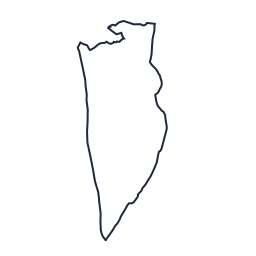 outline of Sikhottabong, Vientiane [prefecture], Laos, rotated 259°
{"feature_id": "54806243B78936618260326", "entity_name": "Sikhottabong", "entity_type": "district", "adm_level": 2, "iso_a3": "LAO", "parent_name": "Laos", "parent_adm1": "Vientiane [prefecture]", "projection": "equal_earth", "projection_center": [102.525, 18.0], "detail": "fine", "context": "isolated", "style": "outline", "palette": "slate", "viewbox_px": 256, "rotation_deg": 259, "n_neighbors": 0, "source": "geoboundaries", "source_scale": "gbopen_adm2", "svg_char_len": 2356}
<svg xmlns="http://www.w3.org/2000/svg" viewBox="0 0 256 256"><g transform="rotate(259 128 128)"><path d="M221.0,97.6L216.7,94.1L215.3,94.1L213.1,94.7L198.3,95.0L183.6,95.2L177.3,94.4L168.8,93.9L163.3,92.6L153.8,92.0L146.1,90.4L142.2,89.6L132.2,87.1L121.4,85.4L104.8,85.7L93.1,85.7L82.1,85.4L70.9,86.5L65.9,86.2L61.5,85.7L57.1,85.4L49.8,84.9L46.8,84.3L41.1,83.0L35.9,82.3L33.3,81.8L29.7,81.9L26.3,82.6L24.5,83.5L22.4,84.5L22.2,84.9L23.9,86.3L26.0,88.7L29.8,92.6L31.8,94.5L34.4,96.7L35.4,98.2L37.0,100.0L39.1,101.8L40.5,102.9L42.4,104.0L46.4,107.7L51.0,111.6L52.7,113.1L53.9,114.7L53.5,116.3L53.5,118.1L54.0,119.5L54.9,120.4L56.5,122.2L58.9,124.6L59.6,124.9L60.6,124.9L61.8,126.3L62.8,127.7L63.5,128.8L66.6,131.1L68.8,134.0L73.7,138.5L76.2,140.9L80.4,144.1L85.6,147.6L88.6,149.6L97.1,153.0L98.7,153.7L99.6,155.6L101.0,156.8L106.1,159.3L119.3,165.7L122.1,166.3L126.7,166.4L130.6,166.6L133.2,166.9L136.8,166.1L138.5,164.5L142.0,162.6L143.7,161.6L145.9,161.1L148.3,160.9L154.8,161.0L155.4,161.1L155.6,161.2L156.5,163.5L158.1,165.2L160.4,166.8L162.4,168.6L164.9,169.6L167.3,169.9L170.0,169.5L173.1,169.3L174.6,168.9L175.9,168.2L177.4,167.9L180.7,166.5L183.8,164.5L186.0,163.1L188.3,162.1L189.1,162.2L191.3,163.4L195.9,165.2L206.0,167.8L209.8,168.9L210.1,168.9L214.9,170.9L217.9,172.2L219.7,172.8L222.3,173.3L222.7,173.4L225.1,174.2L226.9,168.7L227.3,167.5L227.4,166.8L227.3,166.3L226.7,166.1L226.5,165.6L225.8,164.0L225.8,162.9L226.1,161.8L226.9,160.8L227.7,159.7L227.7,158.2L228.2,156.7L228.3,155.1L228.7,153.7L229.3,152.2L230.5,150.3L231.8,147.8L233.0,145.8L233.8,144.3L233.8,142.7L233.6,141.3L233.4,139.4L232.5,137.6L231.2,135.4L231.1,134.7L231.8,134.0L232.1,133.1L232.1,131.5L231.7,130.4L231.4,130.1L231.3,129.9L231.2,129.8L230.9,130.1L230.7,130.1L230.6,129.7L231.0,129.4L231.2,129.2L231.0,128.7L230.8,128.2L230.1,127.8L229.9,127.7L228.6,128.7L227.3,129.9L225.1,131.9L224.1,132.8L223.0,133.8L222.2,134.7L222.4,137.1L222.5,138.4L222.7,139.6L219.8,139.9L217.8,140.5L216.5,141.2L216.4,139.9L215.7,138.2L214.2,135.9L215.0,133.5L214.5,132.7L214.5,132.0L215.3,130.5L214.3,129.5L213.9,127.2L214.7,125.6L215.7,124.4L216.8,123.3L216.1,122.0L216.1,120.8L216.4,118.2L216.3,116.6L215.9,115.3L215.3,114.0L214.2,112.1L213.0,109.8L211.7,105.6L213.5,104.7L216.3,103.9L217.1,103.5L218.4,101.0L219.7,99.2L221.0,97.6Z" fill="none" stroke="#1e293b" stroke-width="2"/></g></svg>